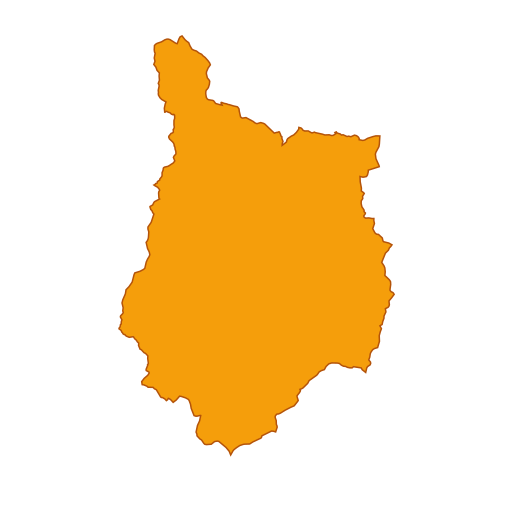 Zamora, Zamora Chinchipe, Ecuador, rotated 12°
{"feature_id": "8360857B6169045226043", "entity_name": "Zamora", "entity_type": "district", "adm_level": 2, "iso_a3": "ECU", "parent_name": "Ecuador", "parent_adm1": "Zamora Chinchipe", "projection": "orthographic", "projection_center": [-79.016, -4.004], "detail": "fine", "context": "isolated", "style": "filled", "palette": "amber", "viewbox_px": 512, "rotation_deg": 12, "n_neighbors": 0, "source": "geoboundaries", "source_scale": "gbopen_adm2", "svg_char_len": 6127}
<svg xmlns="http://www.w3.org/2000/svg" viewBox="0 0 512 512"><g transform="rotate(12 256 256)"><path d="M358.0,143.0L357.5,141.9L353.1,135.9L351.6,131.6L351.7,129.7L353.5,123.5L353.4,120.9L352.2,112.8L348.2,113.6L345.5,114.9L340.7,117.7L338.2,120.0L336.4,120.8L332.7,120.8L332.5,119.6L331.4,118.4L329.4,117.4L327.2,117.3L324.0,119.6L321.7,119.5L320.2,120.2L316.0,119.3L314.4,119.9L313.0,119.1L310.3,118.9L309.3,118.5L308.7,117.9L307.5,118.8L308.6,119.8L306.4,122.0L304.6,122.5L302.5,122.2L298.2,123.3L295.5,123.0L288.6,123.0L287.4,122.7L285.4,123.9L284.5,123.9L281.1,122.8L277.6,123.6L275.8,123.2L274.5,122.0L273.4,121.4L271.2,121.3L271.4,123.1L269.8,126.7L267.7,129.8L265.6,131.4L262.7,134.5L262.2,135.7L262.0,138.3L258.6,142.3L258.3,140.3L258.6,138.3L257.0,135.9L256.5,133.9L255.2,133.2L254.9,132.3L253.7,130.6L253.0,130.1L253.0,129.8L252.2,129.9L251.2,130.7L250.7,130.7L248.3,132.0L237.2,125.1L235.8,124.7L232.9,124.5L229.5,126.3L228.5,126.3L227.3,126.0L225.3,125.0L217.4,122.7L213.9,124.0L212.0,123.2L209.5,117.8L208.8,115.7L207.5,114.4L206.6,113.9L202.9,113.9L198.2,113.5L197.1,113.6L195.9,113.3L193.0,113.3L190.4,112.9L190.0,113.1L190.0,113.7L191.5,115.5L189.0,115.5L184.8,115.2L182.4,113.1L181.4,112.8L177.2,113.0L175.9,112.7L174.5,111.3L173.8,109.6L173.1,107.8L172.7,105.4L172.9,104.0L173.7,102.8L174.4,101.1L174.7,97.8L174.4,94.7L173.5,93.6L171.4,91.9L169.5,87.9L169.3,86.0L170.1,82.0L171.6,78.5L170.5,76.8L168.5,75.0L165.0,72.4L162.3,71.1L160.9,70.0L158.0,69.3L155.2,67.9L152.3,67.6L150.3,67.0L147.7,64.1L145.8,61.3L143.5,60.3L141.6,59.2L137.9,56.1L136.2,57.4L135.5,59.7L134.8,64.7L133.3,64.6L126.9,62.2L125.0,62.1L123.7,62.4L122.0,63.4L119.0,66.2L115.1,68.5L113.8,69.7L112.9,71.2L113.6,75.5L114.3,77.5L115.2,78.7L115.3,83.5L116.7,86.5L116.2,89.9L118.8,92.1L120.6,95.0L123.4,97.0L123.8,100.1L125.0,104.2L124.5,107.5L125.5,108.7L125.9,110.0L125.9,114.2L126.6,116.4L126.7,117.7L127.2,119.0L129.2,121.2L131.2,122.5L135.9,124.0L135.6,126.3L135.6,130.5L136.8,134.3L137.1,134.3L137.8,133.4L138.6,133.1L140.0,133.6L142.1,133.8L143.7,134.8L145.5,135.1L145.7,134.7L146.2,134.6L147.0,135.1L147.2,135.6L147.8,138.2L147.6,140.6L148.5,144.9L149.3,147.0L149.1,148.9L148.7,149.4L149.4,152.0L148.9,152.8L147.4,153.8L145.8,157.0L145.9,157.9L147.0,159.5L150.8,161.8L152.0,162.9L153.1,164.6L153.0,165.2L154.1,166.5L154.6,168.2L155.8,170.3L156.4,172.4L156.3,173.2L155.2,174.9L154.7,176.7L156.8,179.9L155.8,182.1L151.4,186.5L148.0,188.1L147.2,189.0L147.1,190.1L147.3,191.2L146.8,194.1L147.4,196.7L147.3,197.9L145.9,200.7L146.0,201.8L144.1,203.7L144.2,205.0L143.8,205.6L142.8,206.0L142.4,207.0L141.4,207.8L142.5,208.3L145.5,209.2L147.8,211.1L148.1,211.9L147.6,213.2L147.6,214.6L148.9,219.2L149.4,220.1L149.8,220.3L145.5,223.9L145.0,224.8L144.3,227.6L142.1,229.5L142.0,229.9L143.4,232.4L144.8,233.3L146.0,235.1L147.4,236.2L146.5,244.8L144.3,250.1L144.7,252.1L146.1,254.7L146.9,260.1L146.9,262.0L146.5,263.8L145.7,265.5L148.4,271.3L150.7,274.2L151.9,276.8L151.6,278.7L150.6,281.5L149.9,284.7L149.8,291.1L148.8,292.5L145.8,295.0L141.0,297.7L140.6,299.6L140.3,307.3L138.1,312.5L135.9,316.0L136.1,320.2L134.8,326.6L134.7,329.8L136.8,334.2L137.1,337.5L137.9,338.7L137.6,340.0L136.0,342.7L136.0,343.1L136.0,343.8L138.1,346.3L137.9,348.4L138.3,350.5L137.7,351.2L137.8,353.6L137.2,354.6L137.1,355.7L139.5,356.8L140.6,358.4L141.2,358.7L142.3,359.9L143.3,360.2L144.1,360.1L144.9,360.9L146.2,361.4L148.9,361.9L152.6,360.5L153.0,360.6L154.6,362.2L156.3,363.1L158.0,364.8L159.1,365.3L159.5,366.3L159.7,367.9L162.0,371.3L163.3,371.5L166.5,373.8L168.3,374.3L171.0,376.2L171.4,378.8L173.0,383.3L173.0,383.9L172.5,384.7L172.8,385.3L172.1,389.5L172.2,390.4L172.5,390.9L175.2,391.7L175.7,392.3L175.8,392.9L174.9,395.2L172.1,398.9L170.3,402.6L171.4,405.5L173.1,405.4L176.3,406.0L177.7,406.8L182.7,405.9L184.2,407.0L186.3,407.5L192.0,413.7L192.9,414.1L194.0,413.9L196.6,414.8L198.4,416.1L199.4,415.0L199.8,413.5L200.1,413.4L202.3,414.2L205.4,416.4L207.9,413.5L210.4,409.0L212.2,408.9L216.6,409.4L219.6,410.3L220.6,411.2L222.7,414.5L224.3,418.5L228.6,425.0L230.4,425.2L231.7,424.9L234.6,423.5L235.1,423.5L235.1,429.0L234.0,433.9L234.0,440.7L235.2,442.5L235.7,444.2L239.1,446.6L241.0,447.3L243.9,450.1L245.0,450.8L246.7,450.8L251.4,449.4L254.1,446.1L256.6,445.1L258.2,445.1L266.5,449.5L270.4,452.6L272.6,455.9L274.1,451.1L274.8,449.9L277.0,447.3L279.5,444.8L282.5,443.0L284.0,442.4L288.9,441.2L291.6,438.5L298.7,433.1L299.1,432.2L299.1,430.8L299.6,430.3L307.6,424.0L309.6,423.8L311.8,424.0L312.3,419.1L311.9,417.9L310.9,416.4L310.0,412.8L308.3,409.9L308.1,408.8L308.4,407.8L309.3,406.3L310.9,405.8L312.6,404.6L316.4,400.9L321.4,396.8L324.5,394.6L327.0,389.5L327.3,388.5L325.4,385.0L325.2,384.2L327.0,380.4L327.4,379.0L327.4,378.2L326.7,377.3L328.1,376.5L329.5,375.2L333.0,369.9L333.9,366.8L339.9,360.3L340.6,359.3L341.9,356.2L343.8,354.5L346.5,352.9L347.5,349.5L349.6,346.4L352.2,344.9L357.9,343.8L360.0,343.8L362.1,345.0L364.4,345.6L366.7,345.4L368.5,345.9L371.0,345.9L373.3,345.4L374.4,344.0L382.1,343.6L383.6,345.2L387.5,347.1L387.6,342.3L388.2,340.9L390.3,338.7L390.5,337.1L390.0,335.9L387.9,334.2L388.3,331.3L388.1,328.0L388.3,326.6L389.3,324.0L390.0,322.9L391.3,321.8L394.0,320.3L394.5,313.8L393.1,308.3L393.3,304.4L393.8,301.0L391.7,298.5L393.6,296.8L393.6,293.7L394.1,290.4L393.7,288.1L394.7,283.7L393.5,280.6L395.8,278.8L396.4,277.7L396.6,276.0L395.6,273.0L395.5,272.1L397.3,268.8L399.1,264.8L398.0,263.6L397.0,263.1L395.7,262.9L394.3,261.8L394.0,260.6L393.7,256.0L393.0,253.3L392.5,252.6L391.0,251.3L386.1,248.3L385.7,244.6L384.5,240.9L383.4,239.2L380.3,236.1L382.0,226.3L384.3,222.8L384.8,220.3L385.8,218.8L386.7,216.8L383.2,215.7L377.9,215.5L377.0,214.8L375.8,212.1L371.3,209.4L369.3,209.6L367.5,208.6L364.5,205.0L365.1,199.6L363.9,196.9L363.5,194.8L361.8,195.2L358.4,195.3L355.2,196.2L353.6,195.4L353.2,194.8L353.1,194.3L354.1,192.0L354.1,191.2L352.5,190.2L352.2,188.7L349.3,185.8L347.9,182.7L347.5,180.1L348.5,177.7L347.8,175.4L348.9,172.4L348.2,171.7L345.5,170.5L345.0,167.7L342.5,161.7L341.2,156.6L343.7,156.7L345.1,156.4L347.5,155.3L348.2,153.5L348.3,150.4L348.0,148.7L358.0,143.0Z" fill="#f59e0b" stroke="#b45309" stroke-width="1.5"/></g></svg>